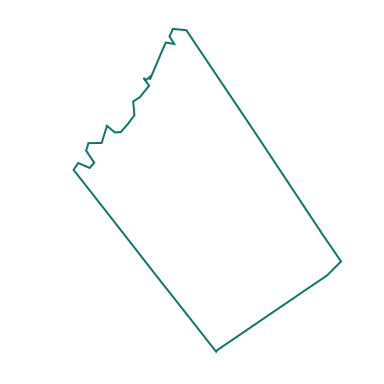 outline of Simpson, Mississippi, United States of America, rotated 56°
{"feature_id": "52423323B36475668892924", "entity_name": "Simpson", "entity_type": "district", "adm_level": 2, "iso_a3": "USA", "parent_name": "United States of America", "parent_adm1": "Mississippi", "projection": "orthographic", "projection_center": [-90.059, 31.901], "detail": "fine", "context": "isolated", "style": "outline", "palette": "teal", "viewbox_px": 384, "rotation_deg": 56, "n_neighbors": 0, "source": "geoboundaries", "source_scale": "gbopen_adm2", "svg_char_len": 589}
<svg xmlns="http://www.w3.org/2000/svg" viewBox="0 0 384 384"><g transform="rotate(56 192 192)"><path d="M107.4,277.8L180.0,272.6L240.0,268.5L287.8,264.9L337.9,261.3L337.2,259.5L336.7,149.2L336.7,126.7L332.9,107.3L299.6,107.5L174.8,106.5L73.0,106.3L54.7,106.2L46.1,116.7L50.4,123.6L59.3,124.0L53.5,130.1L57.6,136.9L75.3,164.1L72.9,162.0L73.5,167.2L70.3,168.5L79.9,168.1L84.3,182.5L84.0,190.1L96.1,196.8L99.7,207.0L102.5,217.6L99.4,222.7L89.6,225.5L100.8,239.5L93.6,250.5L98.4,256.6L113.1,256.7L114.8,263.4L104.3,270.2L107.4,277.8Z" fill="none" stroke="#0f766e" stroke-width="2"/></g></svg>